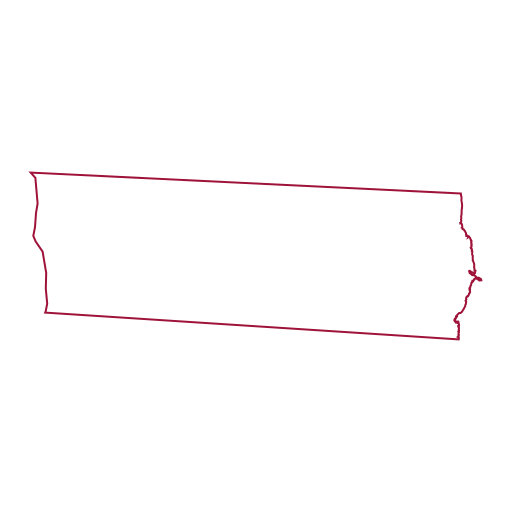 the district of Ngerngesang, Ngchesar, Palau
{"feature_id": "81905179B58942175915190", "entity_name": "Ngerngesang", "entity_type": "district", "adm_level": 2, "iso_a3": "PLW", "parent_name": "Palau", "parent_adm1": "Ngchesar", "projection": "equal_earth", "projection_center": [134.606, 7.453], "detail": "fine", "context": "isolated", "style": "outline", "palette": "rose", "viewbox_px": 512, "rotation_deg": 0, "n_neighbors": 0, "source": "geoboundaries", "source_scale": "gbopen_adm2", "svg_char_len": 3772}
<svg xmlns="http://www.w3.org/2000/svg" viewBox="0 0 512 512"><path d="M45.2,312.6L458.7,339.4L458.8,338.8L458.6,338.6L458.8,338.4L458.8,337.6L458.5,337.2L457.8,336.9L458.6,336.2L458.8,335.7L458.7,334.8L458.4,334.8L458.4,334.3L458.7,334.1L458.6,332.5L458.9,332.3L458.9,331.4L458.5,331.2L459.0,330.6L459.0,330.2L458.7,329.4L459.0,328.7L458.8,328.0L458.9,327.9L458.9,327.4L458.7,326.6L458.4,326.3L458.2,326.4L458.1,326.1L458.9,325.8L458.9,325.3L459.1,325.1L459.0,324.4L458.7,323.8L458.6,323.0L458.3,322.9L458.4,321.9L458.1,321.5L457.6,321.6L457.2,322.7L456.8,322.4L456.7,322.7L456.0,322.7L455.7,322.3L455.7,322.0L455.6,321.2L454.8,321.2L454.8,320.9L454.5,320.5L454.3,320.2L454.5,319.6L454.9,319.8L455.1,319.5L455.1,318.9L455.4,318.9L455.5,318.7L455.8,318.5L455.9,318.2L455.8,317.7L456.1,316.2L456.3,316.2L456.5,316.4L456.8,316.7L457.1,316.3L457.0,315.8L457.2,314.9L459.2,313.0L460.4,313.0L461.0,312.7L461.3,312.3L461.6,312.2L463.2,309.8L464.0,308.4L465.2,306.1L465.3,305.1L465.8,304.1L466.0,302.7L466.2,302.0L466.0,301.5L465.8,301.3L465.6,300.9L465.9,300.7L465.9,300.2L466.4,299.3L466.0,298.3L466.2,297.8L466.7,296.7L467.3,296.6L467.5,296.2L467.8,296.3L468.0,296.3L468.3,295.6L468.5,295.3L468.9,294.7L468.9,294.3L469.0,293.6L469.4,293.5L470.1,292.1L470.1,291.3L469.7,290.8L469.6,290.5L470.0,289.8L469.9,289.5L470.1,289.3L470.1,289.0L469.9,288.4L469.4,288.5L469.4,288.2L469.5,288.0L469.8,287.8L469.9,287.4L470.1,287.1L470.4,286.9L470.6,285.5L471.1,285.1L471.2,283.8L471.3,283.3L471.4,282.9L471.6,282.5L471.9,282.6L472.1,282.3L472.3,282.1L472.2,282.0L472.2,281.7L472.4,280.8L473.3,280.9L473.4,280.5L473.6,280.4L473.7,280.0L474.3,279.6L474.3,279.0L475.1,278.8L475.5,278.2L476.2,278.4L477.1,278.9L478.0,279.5L478.9,279.9L479.3,280.5L481.3,280.3L481.0,279.1L478.9,277.8L478.6,277.7L478.2,277.9L478.0,278.7L476.8,277.9L476.6,277.2L476.1,276.8L475.8,276.5L475.5,276.6L475.2,275.9L474.3,275.2L473.3,274.7L472.5,274.7L472.5,275.1L471.9,274.9L471.6,274.3L471.1,274.0L470.3,273.6L469.6,272.9L469.3,271.6L469.1,271.1L469.5,270.8L470.2,271.1L471.4,272.0L471.4,272.5L471.9,272.3L472.7,272.4L473.2,272.7L473.7,273.7L474.9,273.2L475.5,270.7L475.0,270.4L474.5,270.4L474.5,269.9L474.4,268.0L474.1,267.4L474.2,266.0L474.2,265.7L474.2,264.2L474.0,263.4L473.7,262.6L473.5,262.3L473.4,261.8L473.1,260.9L472.7,260.4L472.9,259.5L472.7,258.6L472.7,257.0L472.8,256.9L472.8,255.8L472.2,254.8L472.1,253.9L472.3,251.9L472.2,251.1L471.8,251.0L472.0,250.3L471.8,249.1L471.6,249.1L471.5,248.7L471.2,248.6L470.9,248.1L471.3,248.0L471.2,247.2L471.5,246.5L471.3,246.0L471.6,245.9L471.7,245.0L471.4,244.2L471.6,243.6L471.1,243.0L471.3,242.5L471.4,241.8L471.2,241.3L471.5,241.2L471.5,240.9L471.3,240.6L471.1,240.7L471.0,240.3L471.0,240.0L470.6,239.5L470.3,238.6L470.0,237.9L469.7,237.5L469.3,237.1L468.7,236.9L468.4,237.1L468.7,236.4L468.1,236.2L467.6,235.8L467.4,235.8L467.1,235.9L467.0,236.1L466.4,236.0L466.5,235.7L466.4,234.6L466.0,234.5L466.0,233.2L465.6,232.3L465.3,232.0L464.9,230.9L464.4,230.6L464.1,230.0L463.7,229.4L463.2,229.3L462.8,229.2L462.8,228.8L462.7,228.7L462.5,228.3L462.4,228.3L462.3,227.7L462.0,227.6L462.2,227.4L462.3,226.9L462.1,225.4L461.9,224.2L461.3,223.7L461.0,223.0L460.7,223.3L460.3,223.4L460.2,222.9L460.7,222.7L460.9,222.4L461.2,221.5L461.3,220.7L461.2,220.3L461.0,219.5L461.2,219.0L461.3,217.8L461.1,216.6L461.6,214.1L461.5,213.6L461.6,213.2L461.6,211.5L461.7,209.7L461.8,208.7L462.0,208.3L461.9,207.6L462.1,206.9L462.1,205.3L462.0,204.0L461.9,203.1L461.4,200.6L461.5,198.4L461.5,196.9L461.1,195.8L461.0,195.3L460.9,195.0L460.9,194.7L461.0,194.3L460.8,194.0L460.8,193.5L30.7,172.6L35.4,177.9L35.7,181.7L37.6,203.5L36.0,213.1L35.0,227.2L33.3,235.8L35.6,241.4L42.6,251.6L46.2,272.9L45.8,288.7L47.2,303.7L45.6,311.7L45.2,312.6Z" fill="none" stroke="#9f1239" stroke-width="2"/></svg>